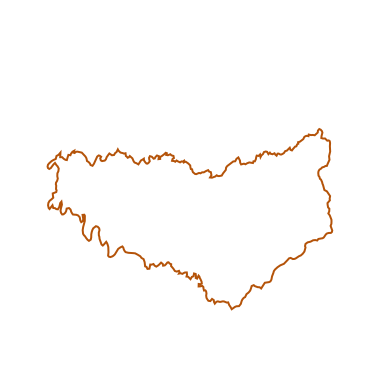 the district of Bonópolis, Goiás, Brazil, rotated 18°
{"feature_id": "56859067B5105293023793", "entity_name": "Bonópolis", "entity_type": "district", "adm_level": 2, "iso_a3": "BRA", "parent_name": "Brazil", "parent_adm1": "Goiás", "projection": "equal_earth", "projection_center": [-49.911, -13.542], "detail": "fine", "context": "isolated", "style": "outline", "palette": "amber", "viewbox_px": 384, "rotation_deg": 18, "n_neighbors": 0, "source": "geoboundaries", "source_scale": "gbopen_adm2", "svg_char_len": 6053}
<svg xmlns="http://www.w3.org/2000/svg" viewBox="0 0 384 384"><g transform="rotate(18 192 192)"><path d="M266.0,291.2L268.3,288.1L269.5,287.0L272.0,286.0L273.0,283.3L272.9,280.4L273.1,278.7L273.9,276.7L275.0,275.5L275.4,272.3L276.9,270.1L277.8,267.8L277.9,265.5L277.8,263.0L279.5,261.5L280.8,262.1L283.9,262.2L285.8,261.7L287.6,262.4L289.3,255.8L293.1,253.9L294.2,252.8L294.6,250.8L294.2,247.5L294.4,243.9L294.3,242.0L294.9,240.1L296.6,237.1L298.7,234.4L301.6,231.9L303.9,227.2L304.8,225.1L306.2,224.2L308.6,224.6L309.9,224.1L311.0,223.3L313.6,220.0L315.1,218.7L316.4,216.5L317.3,213.9L317.1,209.7L316.2,208.5L316.0,206.3L317.5,204.2L320.1,202.6L322.1,200.5L324.1,199.6L326.1,199.4L326.7,197.6L330.5,195.6L331.4,194.5L332.4,191.0L333.2,189.7L334.7,188.7L336.7,188.0L337.4,186.9L337.3,185.3L334.3,181.4L334.4,179.2L333.8,177.0L333.2,175.3L330.2,171.6L328.3,170.3L328.5,168.0L327.8,165.5L326.2,164.6L324.9,162.2L324.3,160.7L325.7,157.3L325.0,155.9L324.6,153.2L320.1,149.7L317.3,149.2L314.5,144.9L313.5,143.8L312.7,142.4L310.8,140.3L309.6,139.9L308.5,138.2L307.3,137.4L306.2,134.9L305.9,133.2L306.3,131.3L307.5,129.9L308.2,128.4L309.9,127.2L310.9,126.0L312.2,125.5L312.3,123.6L312.8,118.9L311.3,115.6L310.9,110.8L309.0,105.9L308.2,102.8L307.3,101.1L306.1,100.7L304.8,101.4L302.0,100.0L299.9,100.7L298.3,100.7L297.9,98.7L297.7,95.3L296.8,94.0L295.2,93.0L293.6,92.8L292.8,94.7L293.2,96.6L291.2,100.1L289.3,100.4L287.6,101.1L285.3,101.3L285.5,102.9L284.0,103.0L282.7,103.8L281.8,105.0L281.5,107.3L279.0,110.9L277.5,111.9L278.2,113.2L277.3,114.2L277.1,116.3L276.0,117.0L274.9,119.6L274.2,121.6L272.7,121.5L271.3,119.7L269.4,123.4L268.0,124.3L267.4,126.5L266.3,127.9L265.1,128.9L263.9,129.0L262.6,128.7L261.5,129.1L261.2,131.3L259.7,130.7L258.5,129.7L256.9,131.2L255.0,131.3L253.9,130.5L253.0,132.4L251.0,130.6L249.6,130.7L248.1,131.8L247.8,133.9L246.7,135.8L246.4,137.6L245.1,135.3L244.2,137.1L242.3,137.4L242.3,139.0L242.6,141.1L242.3,143.4L241.0,143.8L241.0,145.6L237.3,146.2L235.5,147.7L234.3,149.1L232.7,149.0L230.2,150.6L228.8,149.3L227.9,147.3L226.9,146.3L225.4,144.8L224.1,146.6L223.6,149.4L221.8,150.2L217.5,156.4L216.9,158.2L217.3,160.6L215.8,164.6L215.2,167.2L213.1,168.4L211.8,168.8L210.3,168.5L209.4,170.0L206.6,172.2L204.7,172.6L205.3,170.0L203.8,167.3L202.0,167.3L200.6,166.2L198.7,167.9L197.2,169.6L195.5,170.2L194.3,171.6L192.8,171.7L190.5,173.7L189.4,173.9L186.8,172.9L185.9,171.8L185.1,170.4L183.8,170.5L182.7,168.7L182.1,167.3L180.6,166.5L179.3,165.9L176.5,165.1L175.2,166.3L174.7,164.8L173.6,166.1L172.5,166.2L171.5,167.5L169.0,167.2L167.6,166.8L166.7,168.4L165.5,168.1L163.4,168.5L163.3,166.6L164.3,165.3L163.2,163.4L161.1,163.5L159.7,162.8L157.7,164.5L156.1,164.7L156.1,162.9L154.9,162.8L153.7,165.0L151.9,167.5L150.8,168.5L151.5,170.4L150.0,171.1L149.5,168.2L147.4,168.1L146.4,170.1L146.2,171.6L145.2,172.2L144.1,171.5L142.9,170.9L140.9,170.9L140.6,172.7L141.2,174.1L142.3,175.7L141.9,177.2L141.0,178.7L139.9,179.0L138.4,178.2L136.6,176.8L135.9,175.2L135.0,176.4L133.7,177.8L132.5,182.3L130.3,181.8L128.2,181.7L127.0,180.8L124.9,178.4L121.7,177.0L121.2,178.5L120.2,179.3L119.2,178.6L118.0,178.2L116.8,175.7L115.5,176.5L114.1,176.4L111.8,176.6L109.3,175.4L108.3,174.4L107.9,177.3L106.9,178.7L106.4,180.9L104.5,181.8L101.5,180.9L101.0,182.3L100.1,185.2L100.0,187.6L99.3,189.1L96.9,190.4L95.5,190.1L94.3,188.3L94.7,186.6L93.0,186.0L91.9,186.1L90.9,187.6L90.0,195.5L89.3,197.8L87.2,197.7L86.1,196.4L84.3,195.4L82.6,195.0L81.2,192.6L79.7,191.2L75.0,188.6L70.7,189.0L69.2,189.6L68.3,191.2L67.1,191.2L67.1,189.3L65.9,190.6L65.1,192.9L65.0,194.6L63.0,194.9L63.0,197.6L63.1,200.3L61.7,200.5L59.6,200.0L57.8,199.0L55.9,199.6L54.7,195.2L53.6,197.9L52.0,199.6L52.2,202.7L50.4,204.3L48.9,206.0L47.2,209.0L46.6,210.6L46.8,212.5L47.6,213.7L49.1,214.2L50.3,212.9L51.7,208.7L52.7,206.7L55.0,208.5L56.2,209.1L58.0,210.9L58.5,213.6L58.2,215.8L59.0,218.6L60.2,220.7L60.3,223.0L59.8,225.2L60.1,226.7L60.9,227.9L61.8,231.3L62.7,232.2L62.9,234.0L60.0,236.4L60.8,238.3L61.8,240.3L60.7,242.3L59.3,244.4L58.8,246.7L59.2,249.1L60.7,251.6L61.8,252.2L63.4,247.7L65.0,250.1L66.7,249.7L68.2,250.2L69.8,249.9L70.4,247.2L70.3,245.6L70.1,243.2L70.8,241.5L72.2,244.2L72.4,248.0L72.8,250.6L74.0,252.4L75.5,253.5L76.7,252.9L77.9,250.9L78.2,249.0L77.9,246.5L80.0,245.3L81.9,246.2L83.2,248.1L84.7,249.5L85.8,250.2L89.1,249.4L90.9,249.5L93.0,250.7L94.7,253.7L96.0,254.9L97.1,253.5L97.0,251.5L95.0,247.6L96.6,246.9L97.5,247.8L99.0,252.8L99.3,258.8L99.8,262.0L101.3,265.4L102.6,266.5L104.0,267.2L105.3,268.3L107.4,269.7L109.1,270.3L110.4,268.6L110.2,266.4L109.3,263.4L109.0,261.0L109.0,258.8L109.3,257.0L111.2,254.2L113.1,254.2L114.9,255.2L115.8,256.8L115.9,259.4L116.8,262.0L117.7,263.2L118.6,265.2L122.2,269.9L123.7,270.5L124.6,268.8L125.8,265.9L127.1,267.0L128.3,268.5L129.4,270.2L131.2,275.2L131.9,278.5L133.0,279.2L134.5,279.1L136.2,277.8L137.0,276.8L137.9,275.2L139.4,268.9L141.0,266.8L142.6,265.3L143.8,266.1L144.9,267.7L146.0,268.8L147.4,269.7L150.2,269.5L155.4,268.2L156.9,267.9L159.7,268.4L162.7,269.1L164.3,270.3L166.7,270.8L168.6,273.3L170.4,277.2L171.9,277.3L173.4,278.9L175.2,278.1L174.7,273.9L176.0,273.6L177.6,272.4L179.2,273.6L181.1,274.0L182.3,272.6L183.2,271.2L184.4,268.7L186.5,269.5L187.3,271.0L188.8,270.2L189.6,268.7L190.4,266.6L191.4,266.1L192.9,267.0L194.5,267.1L195.0,268.9L196.4,269.7L198.0,270.7L200.1,272.4L202.1,272.4L204.0,271.0L205.0,272.1L204.8,273.6L206.2,272.8L208.2,272.8L209.2,271.6L210.2,270.7L211.9,270.1L212.8,272.1L212.9,274.1L214.5,273.8L217.5,275.4L218.1,272.8L219.5,271.6L219.1,268.9L220.8,268.8L221.7,270.6L222.1,272.6L223.6,272.8L224.1,269.5L225.2,270.2L226.0,271.4L227.0,272.3L228.8,274.3L229.6,276.0L228.6,277.1L226.8,277.4L227.5,279.8L229.0,279.2L230.8,278.1L232.2,278.9L232.9,280.5L233.9,282.0L235.1,281.4L236.1,282.1L237.1,284.0L237.5,286.2L238.5,288.2L239.7,289.3L241.2,290.4L243.1,290.1L244.1,287.5L246.1,288.1L247.0,289.9L248.2,291.1L249.1,288.9L250.4,288.0L252.0,288.0L253.3,287.6L254.6,286.7L256.1,286.2L259.3,286.4L260.5,285.8L262.4,288.1L264.0,289.3L266.0,291.2Z" fill="none" stroke="#b45309" stroke-width="2"/></g></svg>